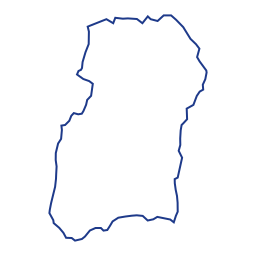 the district of Timi, Paphos, Cyprus
{"feature_id": "46923920B82812647647979", "entity_name": "Timi", "entity_type": "district", "adm_level": 2, "iso_a3": "CYP", "parent_name": "Cyprus", "parent_adm1": "Paphos", "projection": "natural_earth1", "projection_center": [32.506, 34.725], "detail": "fine", "context": "isolated", "style": "outline", "palette": "blue", "viewbox_px": 256, "rotation_deg": 0, "n_neighbors": 0, "source": "geoboundaries", "source_scale": "gbopen_adm2", "svg_char_len": 1344}
<svg xmlns="http://www.w3.org/2000/svg" viewBox="0 0 256 256"><path d="M49.4,213.1L50.9,215.8L53.3,220.2L53.7,223.1L59.2,227.8L63.4,232.8L66.1,237.8L71.7,238.0L75.0,240.6L81.9,239.0L84.9,236.6L89.9,230.5L95.5,228.0L100.9,228.0L103.5,230.6L107.3,230.0L110.0,225.8L112.6,221.4L118.3,217.7L125.5,216.5L131.8,215.7L136.7,215.3L142.7,215.9L147.7,220.5L153.3,219.3L157.3,216.9L170.2,219.5L173.8,222.3L175.9,215.8L177.7,211.7L177.6,202.7L177.0,196.0L175.7,189.8L174.8,183.3L174.7,179.1L177.7,177.6L182.1,157.7L178.7,150.8L180.3,145.0L180.2,138.6L180.7,130.3L181.6,125.0L183.4,123.2L187.1,119.2L186.7,108.6L193.4,104.9L196.8,95.9L199.7,91.6L203.2,89.6L202.8,84.7L205.3,79.2L206.6,72.5L206.3,70.5L199.6,61.4L197.1,57.1L199.4,48.7L196.0,44.2L190.5,38.9L184.5,29.2L183.3,27.2L176.1,19.8L171.1,15.4L163.7,15.4L157.6,21.0L150.7,19.2L147.8,16.4L142.4,23.2L136.9,19.0L127.9,18.4L122.8,18.7L115.3,17.8L113.2,23.2L106.4,19.2L87.7,26.6L88.9,31.6L88.7,44.1L85.5,52.2L82.6,62.0L82.0,68.0L81.0,69.8L78.5,71.0L77.0,74.5L83.3,79.0L89.2,81.1L92.8,83.8L92.1,88.7L91.1,95.8L87.2,99.9L86.1,104.8L83.4,111.1L81.8,113.7L78.2,114.3L73.8,113.1L71.3,115.8L69.3,120.8L65.1,125.0L61.4,125.6L61.9,129.9L61.1,138.9L58.1,143.5L55.8,153.0L55.7,160.0L56.6,166.5L56.2,173.9L56.0,178.8L55.1,186.8L51.1,203.1L49.8,209.8L49.4,213.1Z" fill="none" stroke="#1e3a8a" stroke-width="2"/></svg>